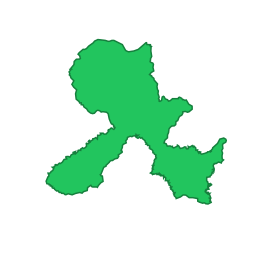 Sop Moei, Mae Hong Son, Thailand, rotated 76°
{"feature_id": "78962969B61327440501471", "entity_name": "Sop Moei", "entity_type": "district", "adm_level": 2, "iso_a3": "THA", "parent_name": "Thailand", "parent_adm1": "Mae Hong Son", "projection": "robinson", "projection_center": [98.073, 17.904], "detail": "fine", "context": "isolated", "style": "filled", "palette": "green", "viewbox_px": 256, "rotation_deg": 76, "n_neighbors": 0, "source": "geoboundaries", "source_scale": "gbopen_adm2", "svg_char_len": 5875}
<svg xmlns="http://www.w3.org/2000/svg" viewBox="0 0 256 256"><g transform="rotate(76 128 128)"><path d="M183.3,45.2L182.1,43.0L180.9,44.1L177.7,43.5L175.2,42.3L172.6,42.6L170.8,40.9L167.3,40.4L166.2,39.5L165.5,36.7L164.0,35.7L162.6,35.8L160.9,37.5L161.0,41.6L164.6,44.8L167.7,50.6L168.7,51.1L170.0,53.0L170.7,52.8L171.1,53.7L170.2,54.0L170.7,55.0L170.4,56.6L170.9,57.0L171.2,59.6L171.2,63.0L170.0,64.0L168.9,63.3L168.2,64.6L169.3,65.4L166.9,66.2L166.1,65.8L166.0,67.5L163.7,67.1L161.5,68.4L162.3,69.0L162.0,69.5L160.6,69.9L161.5,72.8L160.9,73.4L161.4,73.9L160.9,74.1L162.6,74.5L162.6,75.9L162.0,76.5L160.5,76.4L160.0,77.7L160.6,79.5L160.5,82.2L157.6,83.2L156.6,84.2L157.6,84.6L158.4,88.5L157.6,89.4L156.5,89.3L156.4,90.7L155.6,91.4L155.1,94.3L152.5,94.8L151.2,96.7L148.8,95.2L147.1,92.1L144.2,91.3L142.3,89.8L138.9,88.5L137.7,87.1L136.7,85.2L137.1,82.6L136.3,80.9L133.3,79.9L132.9,78.0L130.0,76.0L129.1,74.8L128.6,72.8L127.1,71.3L125.6,71.0L125.8,68.4L127.1,66.4L127.0,64.8L125.3,61.2L122.3,60.5L119.6,63.3L114.9,64.7L114.9,66.3L113.8,67.3L113.7,68.2L112.2,68.7L110.6,70.5L110.7,71.6L111.7,72.1L110.3,77.7L111.7,80.4L111.7,82.2L110.1,82.8L108.8,84.8L106.4,85.4L105.8,86.0L106.2,87.3L109.4,88.8L109.9,90.7L109.5,91.3L108.1,90.9L107.0,91.3L105.6,90.3L101.9,90.6L99.4,89.6L97.5,90.1L94.6,89.8L92.4,88.7L87.6,91.1L86.1,90.9L83.4,92.8L83.0,92.5L81.4,94.2L79.8,92.1L78.9,89.2L75.2,89.1L72.4,87.9L71.1,88.2L69.5,90.3L68.7,90.5L67.4,89.6L66.5,89.6L64.3,87.7L58.8,87.2L55.0,86.0L54.7,86.3L54.5,85.7L54.0,86.3L53.2,86.1L53.0,86.7L52.5,86.4L51.6,89.5L49.7,89.4L49.6,89.9L54.2,99.0L54.7,103.8L54.2,109.0L52.8,111.0L51.7,111.7L45.7,113.3L39.6,120.5L39.1,122.4L39.4,124.7L39.1,126.3L37.5,128.9L34.9,135.8L35.6,139.4L37.0,141.2L39.0,146.3L40.9,149.1L41.3,151.1L40.8,152.5L43.1,157.1L44.3,158.6L46.2,157.4L49.0,157.4L49.4,158.4L48.8,161.5L50.4,164.1L53.4,165.1L56.2,168.9L57.2,168.5L57.1,170.1L58.0,169.8L59.3,171.6L61.2,171.3L62.3,172.1L63.2,171.4L65.7,171.2L69.1,169.1L72.1,171.9L75.2,170.8L78.5,168.6L82.1,170.6L87.5,171.3L90.6,169.0L92.0,168.9L92.3,167.3L94.0,167.8L94.8,165.9L97.0,165.6L99.4,163.5L102.1,162.6L104.5,160.6L105.5,158.8L105.5,157.0L103.6,154.2L103.5,153.0L104.3,151.4L106.0,150.2L106.1,148.4L107.5,145.0L109.2,143.8L114.8,144.0L118.7,143.4L120.1,143.0L120.6,141.9L122.8,141.1L123.5,141.7L124.3,140.5L124.7,140.6L125.9,142.1L123.9,144.3L124.9,146.0L124.9,147.4L125.5,147.9L126.3,147.4L128.5,150.6L128.3,152.6L127.1,153.3L126.4,156.1L127.8,155.9L128.2,157.8L127.7,159.2L131.3,160.4L129.5,161.6L130.1,163.4L129.9,164.7L131.0,165.1L131.5,167.1L132.5,168.1L132.0,168.6L130.7,168.4L130.8,168.9L131.5,169.7L132.8,168.9L133.7,170.7L132.8,171.6L132.9,172.2L135.8,172.7L137.1,175.2L137.0,176.3L136.2,176.8L137.0,179.0L138.3,179.3L137.6,180.8L137.7,181.9L138.7,182.2L140.5,185.4L140.1,186.1L138.1,184.7L138.4,187.2L139.9,187.4L140.3,189.6L142.2,191.4L141.1,193.0L140.8,195.1L141.3,195.4L143.1,194.9L143.1,197.7L145.3,200.0L146.1,202.3L145.5,203.1L146.9,205.6L146.0,206.8L146.1,207.4L146.8,207.1L147.4,208.9L148.1,209.1L147.8,210.9L149.4,209.9L151.1,211.4L151.6,213.2L152.6,213.9L152.9,215.6L152.4,216.4L153.1,216.6L153.9,215.9L155.8,216.7L156.0,217.5L159.8,220.3L162.4,220.2L163.3,218.2L164.7,218.4L163.9,217.9L164.5,217.0L165.5,217.3L165.6,216.3L166.4,216.1L166.5,215.4L167.6,216.0L168.4,215.2L168.5,214.2L169.8,214.0L171.9,212.4L171.9,211.2L173.9,210.3L174.2,208.8L175.3,208.3L175.9,206.2L177.3,205.3L177.7,204.4L177.3,202.0L179.3,198.4L178.8,194.7L178.9,190.5L180.1,188.3L179.0,186.5L178.8,182.7L176.0,181.6L174.6,177.9L176.1,177.4L176.7,176.5L177.6,172.7L178.2,172.1L176.6,170.6L174.6,167.7L173.8,165.1L168.4,164.5L167.9,165.7L166.6,166.2L166.3,165.4L160.3,161.1L159.7,158.5L158.9,158.3L156.7,154.4L156.0,153.9L155.5,152.2L155.8,150.8L154.8,148.5L154.8,145.5L153.2,143.8L151.8,144.0L150.2,139.6L149.1,139.3L148.3,140.2L145.5,138.2L143.6,137.6L142.7,136.6L142.0,133.3L139.9,133.3L138.6,131.5L137.0,130.8L136.5,127.9L137.4,126.3L137.0,125.1L137.3,122.4L136.3,121.8L137.2,121.5L137.5,119.9L138.4,121.9L138.3,122.6L138.9,122.4L140.4,120.8L139.6,119.0L140.9,118.2L140.7,116.8L141.8,116.6L144.3,114.6L146.1,114.6L147.1,113.7L148.0,114.5L148.3,113.5L149.7,113.2L149.8,112.2L150.7,111.3L152.6,112.1L152.9,111.4L153.8,111.5L154.3,110.5L156.0,109.4L158.0,109.8L158.4,109.0L159.8,108.7L161.0,107.4L162.4,108.1L163.8,107.7L164.0,108.5L164.7,108.6L164.8,109.6L166.2,110.6L167.1,110.5L169.5,112.4L170.3,111.8L171.1,112.7L170.7,113.4L172.1,113.2L172.8,114.2L174.1,113.4L174.3,114.0L173.9,114.3L176.2,115.2L177.1,117.1L177.9,116.0L179.1,115.4L178.6,114.6L179.1,114.2L179.1,111.0L180.1,111.2L180.3,110.1L179.7,109.3L180.6,109.1L179.9,108.5L180.8,108.4L180.7,107.9L182.2,108.0L182.4,107.5L181.5,107.2L182.8,105.9L182.6,105.0L185.1,105.5L184.1,104.4L185.6,103.4L188.1,104.5L188.6,102.5L189.5,102.2L189.2,101.3L190.8,102.3L191.4,101.0L191.9,101.8L193.3,102.0L194.1,100.8L195.5,101.0L195.8,99.8L196.6,100.4L196.6,101.0L196.9,100.7L197.7,101.3L199.3,99.6L199.6,100.0L202.0,99.2L202.2,99.6L202.2,98.1L203.1,98.8L203.1,99.7L204.1,99.3L204.8,99.6L207.2,98.2L208.1,98.3L207.6,93.8L206.3,90.7L207.1,88.1L210.4,85.5L211.3,81.9L213.3,77.5L216.0,78.0L217.2,76.6L219.0,73.8L219.1,71.9L220.3,70.9L221.1,68.7L220.3,65.3L218.9,65.5L218.8,66.3L217.0,65.3L215.8,66.0L215.9,64.6L212.3,65.0L212.0,65.6L211.2,64.4L211.0,65.7L210.3,65.7L210.9,66.5L209.9,66.6L210.3,67.4L209.7,67.8L209.2,67.3L208.5,68.5L207.0,67.8L206.5,67.1L207.3,66.7L206.7,66.1L207.0,64.3L205.8,64.4L205.5,65.0L204.5,64.0L204.1,63.9L204.1,64.7L202.7,64.1L204.2,62.9L203.3,60.6L202.7,60.7L202.5,61.6L201.8,61.7L202.1,62.9L200.1,64.0L199.4,63.7L198.3,64.5L194.9,63.5L195.2,60.2L194.5,60.1L193.6,58.2L191.6,57.2L192.1,56.6L191.2,56.6L191.3,55.3L190.2,55.4L190.1,54.8L189.0,54.4L188.7,55.7L187.9,54.3L185.3,54.5L183.7,53.4L183.9,52.6L183.4,52.2L183.8,50.9L182.9,48.4L184.5,45.9L183.3,45.2Z" fill="#22c55e" stroke="#15803d" stroke-width="1.5"/></g></svg>